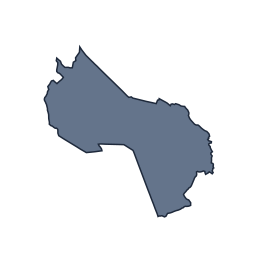 Caruaru, Pernambuco, Brazil, rotated 139°
{"feature_id": "56859067B68143060534399", "entity_name": "Caruaru", "entity_type": "district", "adm_level": 2, "iso_a3": "BRA", "parent_name": "Brazil", "parent_adm1": "Pernambuco", "projection": "equal_earth", "projection_center": [-36.026, -8.188], "detail": "fine", "context": "isolated", "style": "filled", "palette": "slate", "viewbox_px": 256, "rotation_deg": 139, "n_neighbors": 0, "source": "geoboundaries", "source_scale": "gbopen_adm2", "svg_char_len": 2918}
<svg xmlns="http://www.w3.org/2000/svg" viewBox="0 0 256 256"><g transform="rotate(139 128 128)"><path d="M161.3,211.9L162.0,210.4L162.5,209.1L163.7,208.7L165.1,208.1L166.4,206.9L167.8,206.4L169.2,205.8L170.8,205.6L172.2,204.7L173.0,203.4L173.2,202.0L173.7,200.7L174.1,199.2L175.1,197.3L175.9,195.7L177.1,194.3L177.9,192.5L178.9,190.5L179.9,189.2L181.5,187.3L182.4,185.9L183.0,184.8L183.8,183.6L184.9,182.5L184.6,180.3L183.8,178.9L183.6,177.4L183.1,175.6L182.0,174.7L181.9,173.0L183.0,171.6L184.3,170.1L185.3,167.6L183.5,161.5L179.0,147.4L177.6,142.7L176.0,138.1L175.6,136.8L171.8,134.1L168.4,131.7L162.6,127.9L161.8,129.4L161.4,131.6L161.5,133.5L161.0,135.2L159.3,134.1L155.4,130.4L146.2,122.0L142.0,118.1L138.9,107.8L139.5,105.9L142.6,97.6L144.0,93.9L148.1,82.8L153.4,68.5L155.7,62.1L156.3,60.6L158.8,53.6L159.3,52.3L160.4,49.4L162.3,44.0L163.4,41.5L162.3,41.2L161.3,40.3L159.9,39.5L158.8,37.0L157.3,36.5L156.2,36.9L154.2,37.6L151.6,36.1L149.5,35.3L148.4,35.0L146.0,34.1L144.0,33.1L141.6,32.3L139.7,32.1L138.6,31.6L137.1,31.7L136.0,31.2L135.0,30.2L133.3,29.1L131.5,28.5L129.7,30.5L129.4,33.9L130.0,35.0L130.5,36.2L130.4,38.2L130.2,39.8L129.8,41.3L128.6,41.8L127.1,42.0L126.0,42.1L124.1,42.5L122.9,42.4L121.6,42.8L120.0,42.5L118.3,42.8L116.8,43.5L115.2,44.3L113.4,45.2L112.1,45.8L110.9,46.5L109.3,47.0L108.0,47.0L106.9,47.6L106.1,48.6L105.1,49.9L104.0,49.6L103.4,48.4L102.4,47.5L101.0,46.7L99.3,46.1L98.5,44.8L99.2,43.8L99.8,42.1L97.0,41.5L95.5,41.6L94.9,40.1L94.5,38.2L93.0,38.5L92.6,40.4L91.3,41.0L90.5,41.9L89.5,41.6L88.9,43.3L87.7,44.2L87.2,45.4L88.0,47.1L86.5,48.4L84.5,50.8L82.8,51.7L82.7,53.6L82.0,54.7L81.0,54.8L79.9,54.7L79.5,56.8L78.9,59.0L78.1,60.2L78.2,62.0L77.6,63.0L76.4,62.9L74.9,62.1L74.0,63.0L74.7,64.2L75.5,65.6L75.3,67.2L74.0,67.0L73.4,68.1L72.0,68.1L71.3,69.2L70.7,70.7L70.8,73.7L71.6,75.2L72.0,76.5L72.4,78.2L72.7,80.0L72.9,82.9L73.2,84.3L74.5,85.4L75.3,87.1L75.4,91.1L75.4,93.1L75.1,95.2L74.2,97.8L72.8,98.7L72.0,99.7L71.2,102.4L71.3,103.8L71.3,105.6L71.1,107.1L72.3,108.3L73.5,109.7L74.3,112.2L75.3,113.8L76.1,115.1L77.6,115.3L78.5,116.9L79.8,117.7L81.5,117.1L82.1,121.1L82.7,122.9L84.5,127.7L85.2,129.7L86.2,128.9L87.4,129.6L90.7,127.9L93.4,131.6L97.0,136.4L98.8,139.0L104.8,147.5L105.1,149.3L107.3,150.6L107.6,152.8L108.0,159.7L108.7,168.0L109.1,173.2L109.8,181.1L110.5,190.0L110.7,192.8L110.8,194.7L111.2,198.4L111.3,200.3L111.5,202.4L112.1,210.4L111.7,217.2L111.2,220.8L115.0,217.0L120.3,215.7L121.5,215.4L123.2,213.1L124.9,213.3L126.1,213.5L130.5,210.0L132.1,211.2L133.4,213.1L134.9,214.3L135.9,215.2L136.2,217.9L136.3,219.8L135.2,222.7L135.6,225.0L135.9,227.5L138.0,225.8L138.1,223.4L139.7,221.7L142.0,219.9L143.7,218.6L144.7,217.4L144.7,215.6L143.9,214.3L143.7,212.9L143.5,208.7L145.1,208.3L146.6,208.1L148.3,208.2L149.9,208.2L151.1,208.2L152.5,208.1L153.0,211.2L153.1,212.9L154.9,213.7L156.8,213.1L157.8,212.6L161.3,211.9Z" fill="#64748b" stroke="#1e293b" stroke-width="1.5"/></g></svg>